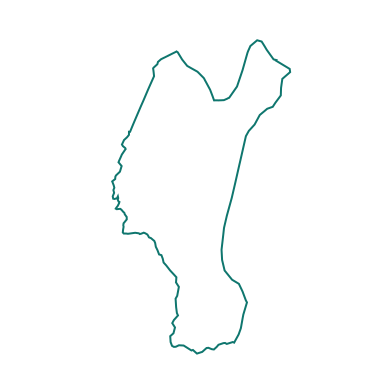 the district of Panta, Bong, Liberia, rotated 188°
{"feature_id": "62588387B50517390877930", "entity_name": "Panta", "entity_type": "district", "adm_level": 2, "iso_a3": "LBR", "parent_name": "Liberia", "parent_adm1": "Bong", "projection": "natural_earth1", "projection_center": [-9.186, 7.22], "detail": "fine", "context": "isolated", "style": "outline", "palette": "teal", "viewbox_px": 384, "rotation_deg": 188, "n_neighbors": 0, "source": "geoboundaries", "source_scale": "gbopen_adm2", "svg_char_len": 2778}
<svg xmlns="http://www.w3.org/2000/svg" viewBox="0 0 384 384"><g transform="rotate(188 192 192)"><path d="M268.9,211.2L265.3,207.9L266.2,202.1L269.5,197.9L270.0,196.7L269.9,194.1L272.5,191.4L270.5,187.8L269.5,185.4L270.1,183.0L269.0,180.3L269.9,176.7L269.1,174.4L267.8,174.3L265.4,175.4L264.8,177.3L264.2,175.6L264.5,174.2L263.4,172.3L262.5,172.0L262.7,170.6L263.6,167.9L264.8,165.8L265.2,164.9L264.2,164.5L262.1,165.0L260.9,165.3L260.5,165.3L258.8,164.1L257.5,162.9L256.3,162.1L256.0,161.8L255.5,160.6L253.8,158.8L253.2,158.2L252.8,155.8L254.4,153.1L255.4,151.5L255.4,149.5L254.9,148.0L255.0,144.8L254.9,142.3L253.8,141.4L251.7,141.7L249.6,141.7L242.6,143.7L238.9,143.7L237.9,143.1L236.6,143.6L234.1,145.0L232.5,144.6L230.3,143.7L229.2,142.4L228.3,141.1L226.2,140.6L224.0,139.2L223.2,138.7L222.6,138.4L221.4,136.4L220.2,132.7L218.1,129.6L215.9,125.6L213.5,125.2L211.7,121.9L210.3,118.2L207.3,115.7L202.8,111.3L198.0,107.4L195.6,105.4L195.3,101.1L195.3,100.3L191.8,96.2L192.2,87.1L193.4,84.1L191.7,75.8L190.1,70.0L188.7,67.8L192.1,62.7L193.3,59.4L190.0,55.5L190.7,49.5L193.5,46.2L192.3,40.4L190.4,36.9L188.4,36.1L186.5,36.5L183.6,38.4L178.9,38.8L170.5,35.0L169.1,35.7L165.7,33.4L164.6,32.7L159.6,35.1L155.9,39.5L154.1,40.0L150.5,39.1L148.4,39.1L146.0,42.0L144.5,44.4L139.9,46.7L138.3,47.1L136.4,46.4L130.7,49.1L129.3,48.7L126.0,57.4L124.7,63.7L124.6,65.3L124.3,73.8L124.1,77.8L122.2,90.3L123.6,92.2L128.1,100.5L132.8,107.6L140.1,110.7L148.8,118.8L148.9,119.1L152.7,128.8L152.8,129.2L154.7,138.9L155.1,154.5L155.3,160.8L155.2,162.1L154.2,173.3L151.8,191.8L150.5,206.3L150.4,207.5L148.8,226.6L148.7,227.6L146.4,254.8L144.2,260.5L143.7,261.2L139.4,267.5L135.6,277.7L129.1,284.9L123.9,287.6L121.8,292.1L118.4,298.3L117.5,300.0L118.3,307.5L118.3,313.8L118.3,316.6L111.5,324.4L112.1,326.5L112.4,327.5L127.2,333.8L126.9,334.4L129.7,334.7L137.8,343.2L140.2,346.2L142.2,348.6L144.0,350.7L148.6,351.3L154.5,344.7L155.3,341.9L156.0,339.5L156.4,337.8L157.1,332.8L158.9,319.7L162.1,302.7L168.3,290.5L169.2,290.0L170.1,289.3L173.2,287.4L178.6,286.4L180.4,286.2L182.9,285.8L185.1,290.0L188.3,295.8L193.6,303.0L194.9,304.7L195.1,305.1L196.2,306.5L201.6,310.6L203.2,311.8L204.1,312.2L209.8,314.4L214.3,316.2L220.2,321.8L225.6,328.4L226.1,328.6L226.9,329.0L227.0,328.9L228.1,328.1L230.6,326.4L240.8,319.4L241.1,319.2L243.6,316.3L243.8,316.1L244.1,313.7L247.4,309.7L247.7,309.0L247.1,306.9L246.7,305.4L245.7,301.4L248.7,291.0L249.8,287.1L252.9,275.6L254.5,270.0L257.3,259.7L259.7,250.8L260.4,248.1L261.7,243.0L262.8,242.9L262.4,239.9L262.6,239.4L264.0,237.1L266.3,234.3L266.5,234.1L267.5,230.8L267.7,230.1L268.0,229.3L267.3,228.4L266.8,227.8L266.6,227.7L264.2,226.2L263.7,225.3L264.0,224.8L266.7,219.3L267.1,217.7L268.5,212.9L268.9,211.2Z" fill="none" stroke="#0f766e" stroke-width="2"/></g></svg>